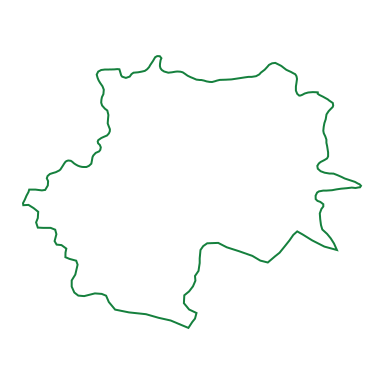 Krasnapolle, Mogilev, Belarus
{"feature_id": "67162791B52564132020414", "entity_name": "Krasnapolle", "entity_type": "district", "adm_level": 2, "iso_a3": "BLR", "parent_name": "Belarus", "parent_adm1": "Mogilev", "projection": "orthographic", "projection_center": [31.401, 53.272], "detail": "fine", "context": "isolated", "style": "outline", "palette": "green", "viewbox_px": 384, "rotation_deg": 0, "n_neighbors": 0, "source": "geoboundaries", "source_scale": "gbopen_adm2", "svg_char_len": 3524}
<svg xmlns="http://www.w3.org/2000/svg" viewBox="0 0 384 384"><path d="M188.4,327.9L192.2,322.1L195.0,318.6L196.5,313.0L189.1,309.5L183.9,303.2L184.3,295.3L189.1,291.4L193.0,286.3L195.4,280.7L195.0,276.0L198.5,270.9L199.7,263.0L199.7,258.3L200.5,250.0L203.2,246.1L207.2,243.3L218.2,242.9L226.8,247.3L239.0,251.2L252.4,255.9L260.3,260.6L267.8,262.5L275.2,256.2L279.6,252.7L284.7,246.4L289.4,240.5L293.3,234.9L297.2,231.4L302.7,234.5L312.2,240.4L324.4,246.6L336.9,250.0L334.0,243.5L330.7,238.3L327.1,233.9L322.3,229.5L321.0,225.1L320.2,219.1L319.8,213.4L321.4,209.0L323.3,206.5L323.3,204.2L320.3,201.9L317.5,200.9L315.7,199.1L315.6,195.7L317.1,192.6L318.9,191.4L323.2,190.6L326.3,190.6L332.1,190.2L336.3,189.4L341.1,188.7L346.7,188.2L351.8,187.6L355.5,188.0L358.7,187.4L360.0,187.3L361.0,185.8L359.6,184.3L357.8,183.5L355.0,181.9L351.4,180.7L344.7,178.5L341.7,177.0L337.6,175.2L333.5,173.6L329.3,173.5L324.6,172.7L320.6,171.2L317.8,168.7L317.3,165.9L318.8,163.5L320.6,162.0L324.5,160.0L327.1,158.4L328.1,156.4L328.1,152.4L327.6,149.2L327.1,146.0L326.4,142.8L326.4,139.6L325.3,136.4L323.8,133.3L323.3,130.8L323.7,126.9L324.4,123.1L325.7,119.3L326.5,114.4L328.6,111.2L330.4,109.3L332.7,107.0L333.2,105.5L332.8,103.0L331.5,102.1L329.0,100.4L327.7,99.3L325.3,98.0L323.0,96.7L319.3,94.9L317.7,93.7L317.8,92.4L317.2,92.3L312.8,92.1L308.2,92.5L304.7,93.5L302.3,94.8L300.5,95.5L299.2,95.6L297.2,93.8L295.9,90.6L295.9,86.5L296.4,83.3L297.0,78.9L296.5,76.3L295.5,74.6L295.2,74.2L293.2,73.2L290.9,71.9L289.3,71.2L286.3,69.8L283.7,67.8L281.4,66.0L279.9,65.2L275.3,62.9L272.1,63.3L269.0,64.9L267.2,67.0L264.7,69.7L260.9,72.6L259.3,74.4L256.0,76.2L251.5,76.9L248.3,76.9L244.7,77.4L239.5,78.2L231.5,79.4L225.6,79.7L219.8,79.9L216.9,80.6L215.1,81.2L212.1,82.0L209.6,81.9L206.6,81.4L204.1,80.6L201.3,80.0L199.8,80.0L196.4,79.6L192.7,78.0L190.7,77.2L187.6,75.7L184.8,73.7L182.7,72.3L180.4,71.7L177.4,71.5L175.4,71.7L171.9,72.3L168.3,72.7L164.1,71.5L161.8,70.0L160.5,68.3L159.9,66.1L160.0,63.8L160.6,60.1L161.4,58.2L159.8,56.2L157.2,56.1L155.2,57.2L154.0,59.2L153.1,60.8L150.2,65.1L149.1,67.1L147.1,69.3L144.8,70.9L141.8,71.6L138.1,72.3L133.5,72.7L131.5,74.1L129.7,76.6L125.9,77.9L122.2,76.7L121.2,75.4L120.0,71.3L119.4,69.3L117.4,69.1L114.0,69.4L109.1,69.5L105.1,69.5L101.2,70.0L98.2,71.6L96.7,74.6L97.6,77.9L98.7,80.5L100.2,83.0L102.5,86.3L103.8,89.7L103.4,94.1L101.9,97.2L101.4,99.8L101.2,102.7L102.1,105.5L104.9,108.7L107.3,110.5L108.4,115.0L108.0,119.3L107.7,123.4L108.6,125.9L109.9,129.2L109.8,131.3L108.9,133.4L107.0,135.5L103.7,136.9L101.3,138.0L98.3,140.1L97.7,141.5L98.1,143.3L99.8,144.9L100.8,147.3L100.3,149.8L99.1,151.4L95.7,152.9L93.3,155.5L92.5,157.2L91.8,161.2L91.3,163.7L88.9,165.9L86.4,167.0L83.8,167.0L82.0,166.9L79.8,166.4L77.7,165.6L75.4,164.3L73.8,163.2L72.3,161.8L70.8,160.8L68.2,160.5L66.4,161.1L65.3,162.0L63.9,164.0L63.0,165.5L61.9,167.2L60.4,169.5L59.2,170.5L55.8,172.2L53.0,173.0L49.9,174.0L47.6,176.0L46.8,178.3L48.1,181.2L47.8,185.5L45.2,189.9L41.9,190.4L35.5,189.6L31.3,189.6L29.2,189.6L28.5,192.0L26.5,195.7L24.8,199.7L23.0,203.2L23.3,205.2L28.5,204.9L33.6,208.1L38.2,211.8L37.8,218.1L36.1,222.4L37.8,227.6L43.8,227.9L50.7,227.9L55.2,229.7L56.4,234.2L54.6,241.1L56.6,244.6L61.5,245.1L66.3,248.6L65.5,252.6L65.4,257.2L69.5,258.9L76.2,260.7L77.6,264.7L75.3,274.6L71.7,280.4L71.7,286.6L74.3,292.5L78.3,295.6L82.8,296.0L84.2,296.1L94.9,293.4L101.7,293.9L106.1,295.7L108.8,302.0L115.1,309.6L129.0,312.4L146.0,314.2L158.6,317.8L170.7,320.5L181.4,325.0L188.4,327.9Z" fill="none" stroke="#15803d" stroke-width="2"/></svg>